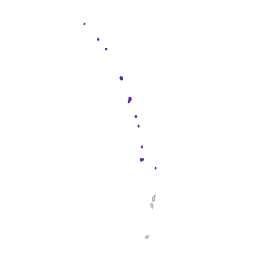 location of Northern Islands, Northern Islands, Northern Mariana Islands, rotated 346°
{"feature_id": "39175420B77088391070908", "entity_name": "Northern Islands", "entity_type": "district", "adm_level": 2, "iso_a3": "MNP", "parent_name": "Northern Mariana Islands", "parent_adm1": "Northern Islands", "projection": "natural_earth1", "projection_center": [145.647, 18.28], "detail": "fine", "context": "in_parent", "style": "filled", "palette": "violet", "viewbox_px": 256, "rotation_deg": 346, "n_neighbors": 0, "source": "geoboundaries", "source_scale": "gbopen_adm2", "svg_char_len": 3426}
<svg xmlns="http://www.w3.org/2000/svg" viewBox="0 0 256 256"><g transform="rotate(346 128 128)"><path d="M136.1,204.4L136.0,205.3L134.5,205.0L134.1,204.6L134.9,201.5L137.1,200.1L138.1,199.8L137.2,201.3L137.0,202.9L136.1,204.4ZM133.4,210.0L132.2,211.8L131.3,209.0L131.2,207.9L132.3,206.9L133.0,206.9L133.4,210.0ZM121.7,238.2L120.2,239.8L119.1,239.4L118.5,238.9L118.3,238.0L120.7,237.1L121.7,237.4L121.7,238.2ZM136.8,102.2L135.4,102.9L137.2,99.5L137.7,98.9L138.5,100.2L136.8,102.2ZM134.8,78.4L133.9,79.7L133.1,78.8L132.9,76.9L134.2,77.1L134.7,77.5L134.8,78.4ZM134.9,162.5L134.3,162.8L133.3,162.7L132.7,162.1L132.5,161.2L134.4,161.1L135.1,161.8L134.9,162.5Z" fill="#d9dde1" stroke="#a8b0b8" stroke-width="1"/><path d="M134.8,103.3L135.0,103.3L135.2,103.2L135.3,103.2L135.6,103.0L135.6,102.9L135.8,102.7L135.9,102.4L136.0,102.1L136.3,101.6L136.4,101.4L136.5,101.3L136.7,101.2L136.8,101.2L137.0,101.1L137.3,101.3L137.3,101.2L137.6,100.8L137.6,100.7L137.8,100.3L137.7,100.1L137.8,100.0L137.8,99.9L137.7,99.7L137.5,99.3L137.3,99.1L137.2,99.2L136.9,99.1L136.6,99.1L136.4,99.3L136.2,99.5L136.2,99.8L136.3,99.9L136.3,100.0L136.4,100.3L136.3,100.5L136.2,100.7L136.2,100.9L136.3,101.2L136.2,101.3L136.2,101.5L135.9,101.7L135.8,101.8L135.7,102.0L135.5,101.9L135.5,102.0L135.4,101.9L135.2,102.1L135.0,102.3L134.9,102.5L135.0,102.6L134.9,102.8L134.9,103.0L134.8,103.3ZM132.7,77.9L132.6,78.0L132.7,78.3L132.8,78.5L132.8,78.8L133.0,79.0L133.1,79.3L133.3,79.5L133.5,79.6L133.8,79.5L133.8,79.4L134.0,79.3L134.2,79.2L134.3,79.2L134.3,78.9L134.3,78.7L134.5,78.5L134.5,78.4L134.5,78.2L134.5,77.8L134.4,77.7L134.4,77.4L134.2,77.3L134.0,77.1L133.9,76.9L133.7,76.9L133.5,76.7L133.4,76.7L133.2,76.8L133.0,77.0L132.9,77.2L132.8,77.3L132.8,77.6L132.7,77.7L132.7,77.8L132.7,77.9ZM132.6,161.6L132.6,161.8L132.6,162.0L132.7,162.3L132.7,162.5L132.8,162.5L133.0,162.7L133.0,162.8L133.1,162.7L133.3,162.7L133.4,162.8L133.5,162.7L133.8,162.7L134.0,162.7L134.3,162.7L134.6,162.7L134.9,162.6L135.0,162.6L135.1,162.4L135.1,162.2L135.2,161.8L134.9,161.6L134.7,161.5L134.3,161.5L133.9,161.5L133.7,161.5L133.4,161.5L133.3,161.4L133.2,161.5L133.0,161.4L133.0,161.5L132.9,161.5L132.7,161.5L132.6,161.6ZM137.9,118.7L137.9,119.1L138.0,119.2L138.2,119.3L138.3,119.5L138.5,119.5L138.7,119.4L138.8,119.3L138.9,119.2L139.0,119.1L139.0,118.9L139.0,118.7L138.9,118.5L138.9,118.4L138.7,118.3L138.6,118.2L138.4,118.1L138.2,118.1L138.0,118.4L138.0,118.5L137.9,118.6L137.9,118.7ZM125.4,46.2L125.4,46.4L125.6,46.6L125.9,46.7L126.1,46.6L126.2,46.4L126.3,46.2L126.2,46.1L126.2,45.8L126.0,45.7L125.9,45.7L125.7,45.7L125.5,45.9L125.4,46.2ZM138.4,128.7L138.4,128.8L138.4,129.0L138.5,129.1L138.7,129.3L138.8,129.3L138.9,129.2L139.0,128.9L138.9,128.8L138.9,128.7L138.7,128.4L138.6,128.5L138.6,128.4L138.5,128.5L138.4,128.7ZM136.5,149.8L136.6,150.0L136.8,150.2L136.8,150.3L137.0,150.3L137.1,150.2L137.2,149.9L137.1,149.7L136.9,149.5L136.9,149.4L136.8,149.5L136.7,149.6L136.5,149.8ZM110.7,16.6L110.7,16.8L110.8,16.8L111.0,16.8L111.1,16.7L111.2,16.4L110.9,16.2L110.8,16.3L110.7,16.4L110.7,16.5L110.7,16.6ZM120.7,35.0L120.8,35.0L121.0,34.8L121.0,34.7L120.9,34.6L120.8,34.8L120.7,34.9L120.7,35.0ZM144.9,174.1L145.0,174.1L145.0,173.9L145.2,173.7L145.3,173.5L145.3,173.4L145.2,173.3L145.1,173.6L145.1,173.8L144.9,174.0L144.9,174.1ZM120.1,34.8L120.2,35.0L120.3,35.1L120.3,34.9L120.2,34.9L120.2,34.7L120.2,34.4L120.1,34.5L120.1,34.8Z" fill="#8b5cf6" stroke="#5b21b6" stroke-width="1.5"/></g></svg>